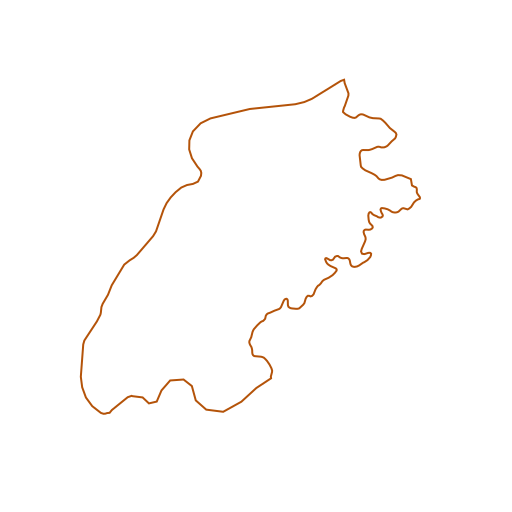 an SVG outline of Bueng Kan, rotated 286°
{"feature_id": "THA-5499", "entity_name": "Bueng Kan", "entity_type": "Province", "adm_level": 1, "iso_a3": "THA", "parent_name": "Thailand", "parent_adm1": "", "projection": "orthographic", "projection_center": [103.786, 18.105], "detail": "fine", "context": "isolated", "style": "outline", "palette": "amber", "viewbox_px": 512, "rotation_deg": 286, "n_neighbors": 0, "source": "natural_earth", "source_scale": "10m", "svg_char_len": 4108}
<svg xmlns="http://www.w3.org/2000/svg" viewBox="0 0 512 512"><g transform="rotate(286 256 256)"><path d="M123.4,114.3L127.5,114.3L149.3,121.1L156.7,122.6L158.6,122.5L164.3,121.5L167.8,121.8L177.9,124.4L188.1,125.4L211.4,131.7L217.1,135.8L220.5,138.9L224.0,141.2L246.7,151.6L252.1,153.1L275.3,154.3L282.2,155.5L288.9,157.9L295.3,161.2L301.2,165.3L305.2,170.1L307.9,175.5L311.5,179.7L317.9,181.0L320.8,180.5L322.7,179.4L324.1,177.7L325.8,175.1L332.3,167.5L340.0,162.4L348.8,160.1L358.4,161.0L368.3,166.2L375.7,174.3L395.6,209.5L412.7,251.9L417.3,260.0L422.6,266.5L447.6,289.2L449.7,292.1L446.6,293.6L438.2,299.8L437.7,300.1L436.9,300.3L435.6,300.6L424.4,300.0L424.1,299.9L422.7,299.7L419.9,299.7L418.5,299.9L418.3,300.1L416.9,303.1L415.8,308.0L415.6,310.7L415.9,312.7L416.7,313.9L417.9,314.7L419.0,315.4L420.1,316.3L420.9,317.3L421.4,318.7L421.5,320.2L420.5,326.8L420.7,330.3L422.1,336.3L422.3,338.0L421.3,340.6L419.7,343.6L415.9,349.4L413.6,355.0L412.9,356.4L411.5,357.5L409.1,357.6L407.4,357.3L403.6,354.8L398.7,352.3L397.6,351.5L396.6,350.4L395.8,349.3L395.3,347.9L394.9,346.4L395.0,345.0L394.8,343.5L394.3,342.4L390.8,338.2L389.3,335.9L388.7,334.6L387.5,330.1L387.0,328.8L385.9,327.9L384.5,327.5L382.9,327.5L381.4,327.8L372.0,331.7L370.7,332.4L369.6,334.3L368.5,337.4L367.5,344.3L366.8,347.6L366.0,349.8L364.3,352.4L363.8,353.8L363.8,355.9L364.7,358.6L368.9,365.2L371.4,368.0L372.9,370.2L373.7,374.0L372.6,383.7L366.8,386.5L366.2,389.1L366.2,390.5L365.6,391.6L364.5,392.2L361.8,392.9L360.8,393.6L360.0,394.4L357.8,397.2L356.9,397.7L356.0,397.6L355.0,396.0L353.4,394.5L351.1,393.1L346.0,391.6L343.9,390.2L342.6,388.9L342.6,384.6L342.1,383.5L341.2,382.7L338.0,380.8L337.2,379.9L336.6,378.9L336.1,377.7L335.9,376.4L335.8,375.0L336.1,373.7L336.6,372.4L337.2,369.7L337.2,366.6L336.8,363.8L336.1,363.0L334.9,362.9L333.1,364.0L331.9,365.0L330.9,366.1L330.0,366.7L328.8,366.7L327.3,365.4L327.0,364.1L327.0,362.6L327.5,361.2L327.8,358.3L328.2,356.9L328.7,355.8L329.4,355.0L329.7,354.0L329.3,353.1L327.9,352.6L325.8,352.8L321.9,354.3L319.9,355.4L318.7,356.6L317.5,358.8L316.8,359.8L315.7,360.3L314.6,360.1L313.0,358.7L312.3,357.2L311.7,354.3L311.1,353.3L310.0,352.7L308.7,352.8L306.8,353.9L304.6,355.8L303.5,356.4L302.2,356.8L300.1,356.8L292.1,355.7L289.4,355.7L287.5,357.2L287.5,358.6L287.8,359.9L289.8,362.8L290.3,363.9L290.5,365.0L290.0,366.0L288.5,366.3L286.5,366.1L282.8,364.3L279.9,361.8L279.1,360.8L275.3,357.7L273.8,356.0L272.7,353.8L272.5,352.4L272.6,351.1L273.2,350.0L274.1,349.2L275.1,348.6L277.3,347.5L278.4,346.7L279.0,345.8L279.3,344.7L279.0,343.5L278.1,341.2L277.7,340.0L277.6,338.7L277.7,337.3L278.6,334.8L278.2,333.6L277.1,332.2L273.7,331.0L272.7,329.7L272.4,328.3L272.8,327.1L273.4,324.4L273.0,323.5L272.0,323.3L269.7,325.0L268.5,326.3L267.7,327.8L267.3,329.1L266.9,330.4L266.1,336.1L265.4,337.2L264.2,337.5L261.6,336.5L258.7,334.9L255.1,331.8L252.0,328.1L251.1,327.4L250.0,326.7L247.6,325.9L246.4,325.3L245.4,324.7L244.5,323.8L242.8,323.1L240.3,322.4L235.0,321.9L233.1,320.9L232.2,319.6L232.4,318.2L232.1,316.9L230.8,316.0L228.6,315.5L224.1,315.5L222.2,314.8L217.6,312.0L216.8,310.7L216.3,309.2L215.5,304.9L215.4,303.5L215.7,302.2L216.2,301.1L217.0,300.6L217.6,300.2L221.1,299.1L222.2,298.7L223.0,298.0L223.3,297.2L222.9,296.3L222.1,295.5L220.6,295.0L213.7,294.1L212.3,293.5L211.4,292.8L208.5,288.8L205.4,285.2L204.0,283.2L202.9,282.4L201.3,281.9L198.2,282.1L196.7,281.4L195.5,280.7L194.8,279.7L194.0,278.9L193.0,278.2L189.7,276.3L185.0,274.1L183.7,273.8L182.0,273.6L176.6,273.8L172.5,273.1L171.3,273.3L170.0,274.0L168.8,275.0L167.2,276.7L165.8,277.6L164.4,278.3L161.9,279.1L160.7,279.7L159.8,280.6L159.3,281.9L160.6,288.7L160.6,290.2L160.4,291.6L159.5,293.4L158.2,295.5L155.3,299.0L152.3,301.8L150.3,303.1L148.9,303.4L144.2,303.5L142.6,304.2L129.2,292.7L111.9,282.1L97.2,267.4L94.6,250.5L100.6,237.9L113.3,230.2L117.3,220.4L112.7,207.8L100.7,202.2L88.7,200.7L84.8,193.7L88.8,186.0L87.2,175.8L87.3,175.0L84.9,171.6L68.2,159.9L64.9,158.5L64.0,156.2L62.9,154.6L62.3,152.9L62.4,150.2L66.5,140.0L73.1,131.5L81.9,125.1L91.6,120.9L123.4,114.3Z" fill="none" stroke="#b45309" stroke-width="2"/></g></svg>